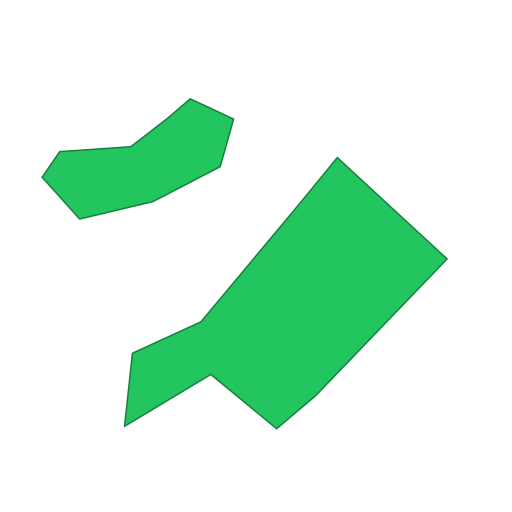 SVG path tracing the border of Warwick, rotated 341°
{"feature_id": "BMU-5144", "entity_name": "Warwick", "entity_type": "state/province", "adm_level": 1, "iso_a3": "BMU", "parent_name": "Bermuda", "parent_adm1": "", "projection": "orthographic", "projection_center": [-64.817, 32.272], "detail": "fine", "context": "isolated", "style": "filled", "palette": "green", "viewbox_px": 512, "rotation_deg": 341, "n_neighbors": 0, "source": "natural_earth", "source_scale": "10m", "svg_char_len": 406}
<svg xmlns="http://www.w3.org/2000/svg" viewBox="0 0 512 512"><g transform="rotate(341 256 256)"><path d="M76.3,374.2L107.5,307.7L182.5,300.3L316.9,219.1L364.9,189.4L435.7,321.0L266.9,407.5L219.3,426.0L174.7,353.3L76.3,374.2ZM251.2,159.9L176.3,171.0L101.3,163.6L79.4,111.9L104.4,93.4L173.1,111.9L216.9,97.1L245.0,86.0L279.4,119.3L251.2,159.9Z" fill="#22c55e" stroke="#15803d" stroke-width="1.5"/></g></svg>